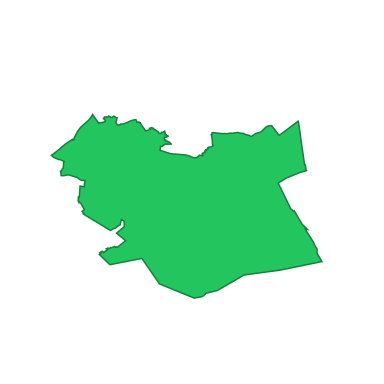 the district of Westerveld, Drenthe, Netherlands, rotated 198°
{"feature_id": "6326949B14742340230045", "entity_name": "Westerveld", "entity_type": "district", "adm_level": 2, "iso_a3": "NLD", "parent_name": "Netherlands", "parent_adm1": "Drenthe", "projection": "equal_earth", "projection_center": [6.318, 52.828], "detail": "fine", "context": "isolated", "style": "filled", "palette": "green", "viewbox_px": 384, "rotation_deg": 198, "n_neighbors": 0, "source": "geoboundaries", "source_scale": "gbopen_adm2", "svg_char_len": 5673}
<svg xmlns="http://www.w3.org/2000/svg" viewBox="0 0 384 384"><g transform="rotate(198 192 192)"><path d="M149.8,95.7L147.9,98.6L147.6,99.9L137.5,106.1L122.6,122.7L117.1,129.0L109.9,132.5L104.9,134.9L84.1,144.9L49.0,164.8L48.1,165.4L46.9,165.9L54.1,172.4L55.4,176.3L58.4,178.9L59.4,179.9L60.2,180.9L60.6,181.4L60.6,181.5L63.9,184.2L65.3,185.5L66.2,186.1L72.8,191.6L70.5,192.0L77.3,195.4L88.7,205.5L88.8,205.1L89.2,204.9L93.1,206.7L93.3,207.0L94.4,208.2L112.8,227.1L106.5,234.5L95.5,243.8L89.7,247.7L89.6,248.0L90.1,248.2L90.5,248.6L90.8,249.0L91.1,249.8L91.4,250.5L92.8,252.9L93.4,252.8L98.5,263.2L105.3,276.9L107.0,280.6L111.4,289.5L112.6,291.8L112.9,292.2L113.6,291.2L126.4,273.0L127.8,273.6L128.1,273.4L128.2,273.7L128.4,274.0L136.8,279.7L139.4,278.6L140.3,278.0L141.0,277.5L141.7,276.5L142.2,275.7L144.5,271.3L145.1,270.4L145.6,269.9L146.2,269.4L146.9,268.9L148.5,268.0L149.3,267.4L149.6,267.1L150.1,266.6L151.0,265.3L151.7,264.4L152.6,263.5L153.4,262.9L154.4,263.4L155.5,263.6L159.4,263.2L159.7,263.3L160.5,263.5L161.1,263.6L161.7,263.5L162.4,263.3L164.3,262.9L164.2,262.9L164.4,262.9L164.9,262.8L166.0,262.9L166.7,262.8L167.2,262.6L168.3,262.1L169.5,261.6L171.1,260.6L172.8,260.1L173.5,259.9L175.3,259.1L176.0,258.6L176.3,258.4L179.3,257.6L181.4,256.8L189.3,255.2L190.7,254.8L191.0,254.7L191.2,254.4L191.3,254.2L191.2,254.0L190.9,253.3L190.8,253.0L190.9,252.8L191.0,252.7L191.4,252.5L190.5,251.1L189.4,248.9L188.1,246.1L187.8,245.2L187.6,244.1L187.5,243.9L187.0,243.6L186.6,242.8L186.4,242.6L186.6,242.1L186.8,241.9L187.8,241.0L188.1,240.7L188.4,240.3L188.5,240.2L189.2,240.1L189.7,240.0L189.9,239.8L190.2,239.6L190.2,239.4L190.3,239.1L190.6,239.1L190.7,238.9L190.1,238.5L190.0,238.4L190.0,238.2L190.7,237.9L190.8,237.8L190.9,237.5L191.0,237.0L191.3,236.7L191.8,236.5L191.4,236.1L192.2,235.7L192.3,235.2L192.5,235.0L192.4,234.7L191.8,234.6L191.6,234.2L191.7,233.7L191.9,233.5L192.1,233.5L192.5,233.6L192.5,233.3L192.4,233.2L192.9,232.8L193.3,232.7L193.6,232.5L193.8,232.4L194.1,231.7L194.2,231.4L194.1,231.2L193.3,230.7L193.0,230.2L192.9,229.9L193.5,229.8L194.8,229.5L195.9,229.4L196.2,229.3L196.4,229.2L197.6,226.9L198.1,226.4L198.6,226.0L199.1,225.7L199.9,225.3L200.4,225.2L201.1,225.2L204.1,225.2L204.5,225.2L205.4,225.5L205.8,225.5L209.4,225.3L212.1,224.7L215.7,223.8L218.4,223.2L219.5,223.0L219.8,222.8L222.4,222.2L224.4,221.8L235.3,221.8L236.0,225.6L235.0,225.9L234.3,226.2L232.7,229.0L226.7,231.1L226.8,231.3L227.2,231.5L227.7,231.9L229.0,232.4L230.8,232.7L231.1,232.7L231.8,232.6L232.1,232.5L232.6,232.3L232.8,232.3L233.1,232.5L233.2,233.2L233.7,232.9L233.9,232.9L234.0,233.0L234.9,234.3L234.6,234.4L235.0,235.5L233.6,236.1L233.3,236.3L232.7,236.8L231.9,237.5L232.4,238.1L233.3,237.6L234.2,238.5L235.1,238.5L235.4,238.4L235.6,238.6L235.3,238.8L236.8,241.4L237.2,240.6L237.3,240.5L237.8,240.3L238.4,239.8L239.2,239.4L239.5,239.2L239.5,238.4L239.7,238.1L240.2,237.9L241.1,237.7L241.4,237.7L241.8,237.9L242.3,238.2L242.8,238.8L243.2,239.0L244.7,239.3L246.1,239.8L246.9,239.6L248.4,240.7L249.0,240.2L249.3,240.3L250.1,240.9L252.1,239.4L251.1,238.6L254.8,235.7L262.0,241.0L261.8,241.1L262.4,241.7L262.5,241.9L263.0,241.6L263.4,242.0L263.8,241.8L264.3,241.8L264.4,242.0L265.8,241.4L267.1,242.9L267.6,243.4L267.8,243.5L270.4,242.1L273.1,240.1L274.9,238.3L278.5,235.4L280.9,234.5L280.9,234.4L280.8,234.1L280.9,233.8L281.2,233.6L281.6,233.4L282.2,233.3L283.0,232.6L284.3,233.1L285.8,234.5L286.1,239.2L286.3,239.1L287.8,239.2L288.7,239.6L289.1,239.7L289.1,240.0L290.1,239.9L290.5,239.0L290.8,238.5L291.3,238.2L291.8,238.1L292.4,238.0L292.5,238.0L292.8,238.2L293.1,238.2L294.8,238.4L295.3,237.2L296.6,237.0L296.7,236.6L297.2,236.6L298.4,236.3L298.5,236.3L298.5,236.1L298.9,234.4L297.4,234.0L296.8,233.7L296.8,232.8L296.3,232.6L296.5,232.1L296.8,231.9L297.4,231.3L298.9,230.3L299.4,230.1L299.9,230.0L300.1,229.7L300.5,229.6L301.3,229.3L302.2,229.3L302.4,228.8L310.5,235.0L310.8,233.2L311.2,231.7L311.9,229.9L312.7,228.0L317.4,220.0L317.9,219.0L318.4,217.7L319.0,216.1L319.5,214.4L319.4,214.4L319.9,211.9L320.2,210.0L320.5,208.8L320.4,208.8L320.8,207.3L320.8,207.0L320.8,206.7L320.4,205.7L320.4,205.3L320.5,205.1L320.9,204.7L321.3,204.4L321.7,204.7L321.5,204.9L322.1,205.2L322.3,204.8L322.4,204.7L323.4,203.2L323.5,203.2L324.2,202.4L326.9,199.0L327.3,198.4L330.3,193.6L330.9,192.6L331.3,191.9L333.1,189.0L334.5,187.0L337.1,183.4L333.9,182.1L328.9,181.7L328.6,181.8L327.4,182.0L327.0,182.0L323.1,181.6L323.3,181.2L321.9,175.1L322.6,173.7L322.5,171.7L323.5,171.3L321.5,167.1L320.1,167.5L318.7,168.0L318.0,168.4L316.6,169.3L315.8,169.7L314.9,170.0L313.9,170.2L306.7,170.3L305.8,170.3L305.0,170.1L304.5,170.0L302.8,169.3L302.0,169.1L301.2,169.0L299.9,169.1L297.5,169.8L297.2,169.1L297.1,168.6L296.9,168.3L296.9,166.7L296.9,166.1L296.4,165.7L296.3,165.0L296.1,163.7L297.9,163.5L298.1,163.3L298.4,163.3L300.3,163.1L297.6,152.3L298.5,152.2L297.9,150.0L297.4,148.1L296.5,148.1L296.2,146.8L294.9,147.4L288.9,142.0L288.9,141.8L289.3,141.5L289.7,141.0L290.0,140.7L290.2,139.8L290.5,139.6L288.4,138.4L288.9,138.1L288.7,137.5L271.3,133.4L264.9,131.9L257.7,130.2L255.6,132.6L255.2,132.9L254.1,133.5L253.9,133.7L252.9,135.2L252.4,136.0L251.7,137.0L251.3,137.4L250.4,138.2L250.1,138.5L250.2,138.8L250.4,140.5L250.6,142.0L250.6,142.6L250.6,144.0L247.5,143.2L245.7,138.2L251.1,129.5L240.0,125.2L245.7,116.7L246.2,116.2L246.5,116.2L247.2,116.5L247.6,115.9L248.8,116.4L249.5,115.6L252.1,113.7L252.3,113.8L252.9,113.1L253.6,112.4L254.6,112.8L254.8,112.7L256.0,111.4L254.6,110.8L257.3,107.4L257.5,107.1L259.2,107.9L261.0,105.9L259.8,105.3L260.9,104.0L247.6,97.5L219.8,113.0L218.9,113.2L194.5,94.5L178.5,93.3L157.1,91.8L149.8,95.7Z" fill="#22c55e" stroke="#15803d" stroke-width="1.5"/></g></svg>